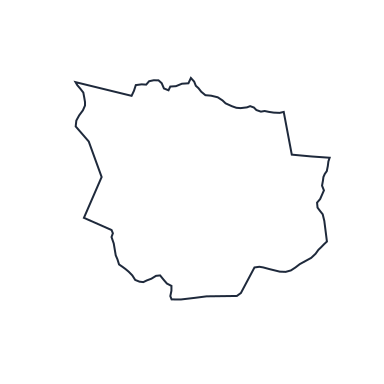 Gurinhém, Paraíba, Brazil (Natural Earth projection), rotated 287°
{"feature_id": "56859067B95891869193757", "entity_name": "Gurinhém", "entity_type": "district", "adm_level": 2, "iso_a3": "BRA", "parent_name": "Brazil", "parent_adm1": "Paraíba", "projection": "natural_earth1", "projection_center": [-35.429, -7.144], "detail": "fine", "context": "isolated", "style": "outline", "palette": "slate", "viewbox_px": 384, "rotation_deg": 287, "n_neighbors": 0, "source": "geoboundaries", "source_scale": "gbopen_adm2", "svg_char_len": 1539}
<svg xmlns="http://www.w3.org/2000/svg" viewBox="0 0 384 384"><g transform="rotate(287 192 192)"><path d="M91.3,163.4L90.9,168.0L91.6,171.8L94.2,174.6L97.2,178.5L101.3,182.1L102.9,185.9L99.8,190.5L97.1,194.8L96.2,199.8L91.5,201.2L86.1,201.7L83.3,203.9L86.1,213.1L91.8,226.1L96.5,236.5L105.7,265.3L109.7,268.3L138.1,273.8L140.2,278.3L140.7,282.1L140.9,288.4L141.5,299.2L143.0,304.9L145.9,309.5L150.1,313.0L154.6,316.2L159.5,321.0L163.8,325.2L169.0,328.2L173.7,329.8L176.7,331.5L180.6,333.5L184.1,335.5L203.0,327.0L208.9,323.5L211.3,320.0L213.8,316.6L218.4,314.7L222.7,316.6L226.2,317.0L232.1,317.7L236.1,314.5L241.1,313.9L244.8,313.3L248.1,313.7L251.4,314.8L256.5,314.3L261.1,313.5L265.0,313.6L260.9,295.8L256.9,276.5L295.4,256.3L293.3,252.7L291.8,246.9L291.1,242.1L290.7,237.8L289.0,234.4L289.2,229.6L290.9,226.5L291.1,222.5L289.0,219.8L286.4,213.9L285.5,209.8L285.7,205.1L286.6,198.2L288.5,194.4L290.1,188.9L289.7,182.1L288.5,176.5L290.6,171.5L293.2,167.8L294.7,164.6L298.2,161.8L300.7,157.6L294.9,156.8L292.6,150.7L288.5,145.7L286.5,140.4L282.4,139.8L282.8,134.9L287.2,131.2L289.0,127.3L287.6,122.6L285.4,118.6L281.3,116.8L280.2,112.3L277.8,107.0L271.8,106.9L266.3,106.1L263.0,48.5L260.6,51.1L258.2,54.9L255.3,59.0L250.9,61.3L246.7,63.4L243.4,64.4L238.2,63.8L232.3,61.7L226.5,60.5L220.7,61.6L210.1,78.5L179.9,101.2L135.7,96.2L132.1,126.2L129.4,128.4L125.4,128.2L119.9,132.2L113.5,135.4L109.1,137.6L105.8,140.4L101.4,143.4L100.1,147.5L98.9,150.9L97.3,154.7L94.8,159.3L91.3,163.4Z" fill="none" stroke="#1e293b" stroke-width="2"/></g></svg>